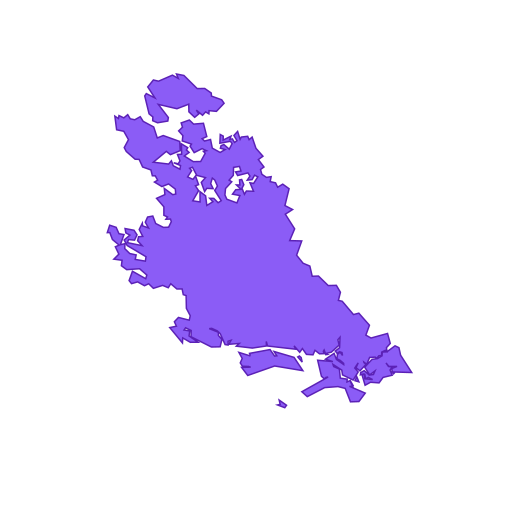 Tolé, Chiriquí, Panama, rotated 302°
{"feature_id": "35544464B42415898156118", "entity_name": "Tolé", "entity_type": "district", "adm_level": 2, "iso_a3": "PAN", "parent_name": "Panama", "parent_adm1": "Chiriquí", "projection": "natural_earth1", "projection_center": [-81.647, 8.186], "detail": "fine", "context": "isolated", "style": "filled", "palette": "violet", "viewbox_px": 512, "rotation_deg": 302, "n_neighbors": 0, "source": "geoboundaries", "source_scale": "gbopen_adm2", "svg_char_len": 6153}
<svg xmlns="http://www.w3.org/2000/svg" viewBox="0 0 512 512"><g transform="rotate(302 256 256)"><path d="M174.7,224.7L170.5,231.9L166.2,233.4L162.8,222.8L157.0,221.6L154.3,225.7L149.6,220.8L143.3,239.7L147.7,237.3L148.0,246.0L152.2,252.6L152.7,241.6L157.3,239.5L155.1,234.2L157.8,234.3L158.5,240.5L153.1,243.7L155.2,266.4L160.0,273.7L167.2,271.3L168.7,266.2L171.4,264.5L169.6,254.8L171.2,256.8L172.0,262.9L171.2,266.8L164.5,276.7L165.7,279.5L168.9,277.5L171.3,279.5L166.7,279.7L173.0,288.2L169.1,287.1L176.0,301.7L185.2,312.5L189.0,310.0L185.8,313.5L198.0,339.1L200.0,335.9L197.5,344.1L202.1,344.4L199.3,350.9L202.4,356.7L207.3,356.0L206.7,361.7L209.2,365.4L210.9,363.6L212.4,363.6L210.1,366.6L214.3,370.8L224.5,373.7L228.4,369.8L231.6,370.3L222.5,375.5L217.4,373.6L216.4,376.4L219.1,377.6L219.7,380.1L217.5,382.1L219.0,378.2L215.7,377.2L211.7,379.1L212.1,382.7L211.4,387.2L210.4,387.9L210.9,379.0L214.8,373.8L205.3,369.6L207.2,377.2L200.3,363.5L188.7,375.2L188.0,379.0L190.2,379.7L191.6,381.3L165.2,366.8L163.9,374.0L180.8,384.0L188.7,394.7L191.0,401.8L182.4,413.4L187.1,420.4L197.6,421.3L195.0,404.3L196.6,407.2L199.6,402.5L197.2,407.7L200.3,401.9L197.4,399.9L199.9,398.6L197.1,392.2L204.3,386.6L203.4,380.5L204.9,378.7L204.7,389.2L201.0,392.4L202.3,404.1L211.8,404.1L213.3,399.1L219.6,399.3L214.3,400.0L213.7,405.0L222.4,406.7L222.8,404.1L223.2,403.7L222.8,407.3L230.2,406.1L233.4,410.7L233.2,412.7L236.5,413.0L238.2,415.3L241.1,413.5L244.6,415.7L244.5,417.6L247.4,415.2L253.0,416.2L260.0,408.6L247.4,397.0L247.1,391.1L257.4,388.9L262.0,373.5L258.0,369.7L263.3,353.1L262.0,349.4L270.0,346.8L273.7,339.7L269.2,332.9L272.1,319.6L268.6,314.4L276.0,307.0L274.8,299.8L278.2,290.0L293.0,286.8L286.9,276.4L299.5,274.4L307.0,258.7L314.8,262.4L314.1,253.8L330.6,248.4L331.1,240.6L325.8,237.9L328.4,233.8L326.6,228.6L331.3,226.8L328.2,223.2L328.4,217.7L331.7,214.0L335.7,215.6L339.0,206.9L344.3,209.0L347.3,198.9L354.8,189.7L351.0,188.5L353.1,185.5L349.1,180.5L346.5,180.7L351.9,174.4L346.5,173.4L343.7,178.8L340.9,177.6L342.8,173.9L341.0,172.0L344.4,171.3L336.9,166.7L340.3,164.7L340.1,161.3L332.5,165.6L339.7,173.5L338.6,176.2L332.4,176.7L333.5,169.7L331.1,167.9L328.5,168.7L329.9,173.4L324.8,170.7L324.3,161.8L330.7,155.7L326.2,151.4L326.9,148.1L331.2,151.0L340.7,141.1L334.8,133.2L336.0,127.4L329.2,122.0L326.3,125.4L321.1,124.1L319.3,130.2L314.5,132.5L316.7,142.0L314.2,141.9L310.9,148.8L318.5,153.4L319.0,158.1L316.9,155.9L316.2,158.5L306.8,159.0L302.8,152.8L302.8,142.2L308.4,144.4L309.0,140.8L311.7,140.7L311.6,133.3L302.9,139.0L300.5,135.6L296.4,141.1L293.0,141.2L291.5,136.8L292.7,144.1L289.3,145.5L288.7,138.0L291.9,133.8L287.7,133.2L281.1,119.2L297.2,124.5L296.6,129.7L305.2,135.9L312.7,130.6L309.0,113.5L303.8,109.7L311.2,100.9L310.4,89.0L312.8,84.0L307.3,81.0L305.7,76.7L307.9,72.3L303.1,70.7L302.5,65.4L299.7,66.5L299.8,62.2L289.2,70.9L291.7,77.8L287.1,86.2L278.1,86.8L275.9,90.6L274.0,102.2L276.0,105.7L271.4,112.7L273.3,121.3L269.1,125.6L270.6,128.1L268.2,132.4L264.9,130.7L265.0,139.4L270.8,143.7L270.0,152.1L266.0,155.1L263.9,152.9L264.7,142.4L259.8,146.2L252.2,141.1L248.9,151.8L241.7,156.3L242.2,160.3L239.4,160.1L242.0,163.9L240.2,166.0L234.1,166.6L231.2,162.3L230.4,153.7L235.2,147.3L231.6,143.4L226.0,144.2L222.8,150.0L221.5,143.9L223.6,142.2L216.6,142.9L212.6,149.6L210.1,146.2L206.2,147.5L204.4,153.9L199.2,139.9L202.4,139.2L205.1,144.6L210.9,143.9L213.2,138.9L209.9,130.4L206.6,133.4L206.9,138.0L199.7,135.7L196.6,141.2L197.1,163.1L193.0,164.9L189.1,155.4L193.4,153.8L191.2,147.6L192.7,140.8L197.0,138.3L193.7,135.0L204.2,132.7L202.3,128.0L206.2,122.2L204.6,115.6L197.0,117.5L198.4,119.6L193.9,125.5L192.7,134.2L189.3,131.8L184.9,138.7L178.0,137.1L181.4,144.7L176.4,147.0L175.9,153.6L183.5,164.0L182.0,173.5L178.3,174.5L177.6,159.3L167.9,161.4L166.6,165.1L171.3,169.3L171.7,177.2L175.6,179.7L174.2,186.1L181.6,192.4L182.6,198.4L187.3,198.4L186.1,206.4L188.9,210.8L184.7,214.8L185.4,217.7L174.7,224.7ZM290.9,211.7L288.7,201.2L291.3,197.3L297.1,194.4L306.1,196.1L306.1,193.0L312.4,194.0L319.3,190.0L323.2,194.5L320.1,198.2L316.5,194.1L314.5,197.8L322.2,205.1L320.6,208.5L315.7,208.4L318.7,212.2L323.8,212.0L324.1,215.6L316.3,215.5L314.9,212.1L309.6,219.6L306.0,213.4L302.2,213.5L306.0,208.2L310.0,207.9L313.3,203.3L311.8,201.7L307.7,204.7L305.9,201.8L304.6,208.0L301.5,203.7L296.0,203.3L298.7,210.3L290.9,211.7ZM269.3,173.1L281.0,172.7L283.4,167.4L286.1,169.5L291.8,162.3L287.6,161.9L286.8,156.1L294.3,156.2L295.2,153.2L297.6,155.1L293.0,163.0L295.7,171.6L289.4,170.6L283.4,178.3L287.3,178.4L290.4,184.0L293.4,179.2L298.9,177.7L298.6,180.7L294.9,186.2L289.7,186.3L284.5,197.2L281.1,195.6L282.5,189.7L280.4,186.2L279.2,190.7L272.8,187.5L280.3,181.4L280.9,174.4L272.2,179.9L269.3,173.1ZM357.7,145.8L368.6,148.0L370.3,144.1L368.0,133.5L370.5,131.7L370.9,123.7L366.8,117.4L370.9,99.2L368.2,92.1L365.4,96.0L365.1,89.3L352.6,80.7L350.9,75.7L342.0,74.6L336.5,86.5L335.6,76.9L332.8,76.8L319.9,90.0L319.3,94.8L316.0,96.7L316.8,101.9L323.7,109.7L327.0,108.3L332.8,92.8L339.0,110.9L349.1,118.5L342.7,122.7L341.1,130.5L346.2,132.2L348.1,128.1L347.0,136.1L351.5,136.9L351.6,140.7L354.4,139.2L357.7,145.8ZM253.5,421.5L244.1,417.8L241.5,414.0L238.2,415.8L233.5,413.5L229.8,409.2L219.3,407.1L215.4,415.4L221.6,417.8L217.7,418.4L215.0,415.1L216.1,408.5L212.6,406.6L210.5,407.5L213.2,410.0L213.3,411.0L210.0,414.0L212.6,415.6L213.0,420.4L209.5,413.3L212.9,410.9L211.5,408.8L204.2,417.0L209.6,420.0L213.6,427.6L220.4,428.1L227.1,434.7L230.3,430.1L234.1,430.3L232.5,426.9L234.2,422.9L232.8,427.2L237.1,434.1L232.5,430.8L229.9,433.0L239.7,449.8L248.5,431.2L254.0,425.8L253.5,421.5ZM168.1,303.6L165.2,292.6L161.8,298.6L157.0,299.3L155.3,302.9L158.4,308.2L158.9,310.4L153.9,302.8L150.3,312.3L172.6,330.1L183.6,356.5L190.2,342.0L184.6,321.9L182.4,326.5L181.0,324.8L184.1,317.5L170.0,302.1L169.1,303.4L168.1,303.6ZM146.1,352.0L143.0,355.1L141.1,353.2L142.6,360.8L145.6,361.0L146.1,352.0ZM206.9,405.6L202.7,406.0L203.8,409.9L206.9,405.6ZM190.5,351.4L193.8,348.1L194.2,345.8L192.5,344.9L190.5,351.4ZM229.0,435.1L230.7,435.4L229.3,434.4L229.0,435.1ZM210.4,368.8L210.3,367.6L208.9,367.0L210.4,368.8Z" fill="#8b5cf6" stroke="#5b21b6" stroke-width="1.5"/></g></svg>